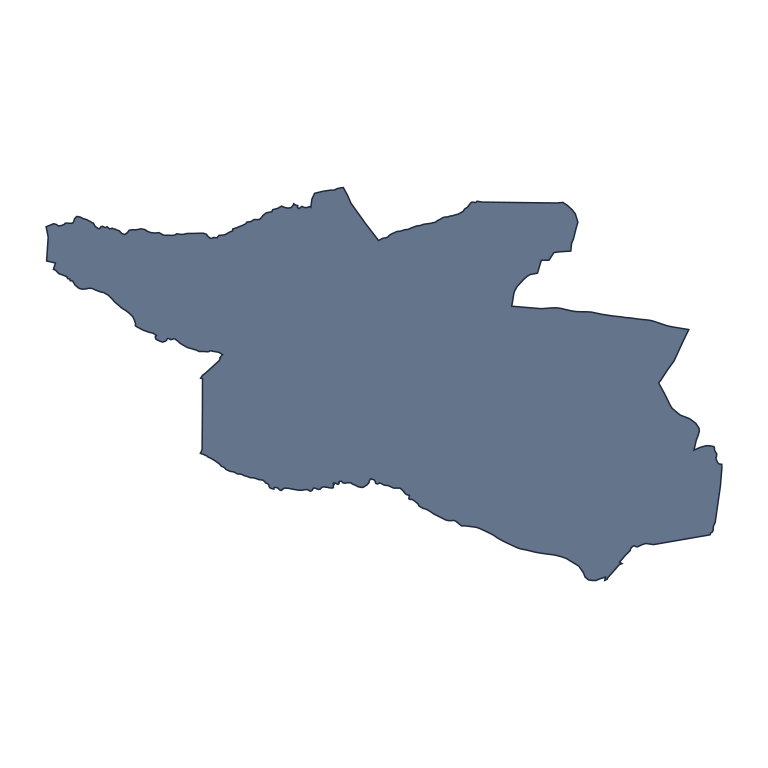 the district of Domingo Arenas, Puebla, Mexico
{"feature_id": "50627088B24684485641547", "entity_name": "Domingo Arenas", "entity_type": "district", "adm_level": 2, "iso_a3": "MEX", "parent_name": "Mexico", "parent_adm1": "Puebla", "projection": "albers", "projection_center": [-98.448, 19.131], "detail": "fine", "context": "isolated", "style": "filled", "palette": "slate", "viewbox_px": 768, "rotation_deg": 0, "n_neighbors": 0, "source": "geoboundaries", "source_scale": "gbopen_adm2", "svg_char_len": 6087}
<svg xmlns="http://www.w3.org/2000/svg" viewBox="0 0 768 768"><path d="M710.1,534.8L710.5,533.2L712.2,532.2L713.2,530.2L713.4,526.3L715.2,522.4L720.4,486.1L721.9,468.0L721.8,464.3L719.2,464.0L717.7,462.6L716.4,459.7L715.9,458.0L716.6,456.1L716.7,453.7L715.6,452.1L714.7,450.4L714.4,449.2L714.5,447.6L713.9,446.6L710.7,445.9L707.3,445.6L704.5,446.1L699.6,447.6L694.0,450.1L696.2,440.5L698.1,435.6L699.4,431.1L698.9,428.0L695.8,423.3L689.8,418.8L680.1,415.0L672.2,408.4L670.3,405.4L664.5,393.6L658.7,383.0L660.9,380.1L668.0,369.2L674.0,361.0L683.8,339.8L688.8,329.6L672.0,326.8L667.2,325.8L653.6,321.2L650.0,320.3L645.2,319.7L640.6,319.3L634.4,318.5L630.4,317.9L625.1,317.5L621.6,316.9L612.4,315.9L602.5,314.4L591.5,312.1L587.2,311.8L578.4,311.7L574.6,311.4L570.3,310.6L560.3,308.3L556.8,307.8L551.6,307.9L542.5,308.6L540.2,308.6L511.7,306.2L512.7,300.8L513.5,295.4L514.3,291.7L517.2,286.4L523.9,279.2L527.2,276.3L530.3,274.5L537.5,273.2L541.3,260.3L549.0,260.2L553.9,252.6L559.8,251.8L570.8,251.1L571.6,243.4L573.5,238.8L576.3,227.6L577.9,222.2L575.3,213.8L572.1,209.7L567.3,205.3L562.8,202.4L556.8,203.0L482.3,202.1L477.1,201.2L476.0,202.5L471.9,202.1L470.5,203.1L469.1,205.0L467.3,207.3L464.6,209.0L463.2,211.3L458.3,214.1L455.9,214.7L452.2,215.8L449.8,216.1L447.9,216.9L445.3,217.0L443.1,217.5L439.8,219.5L437.4,220.6L435.5,222.2L432.9,222.7L430.5,223.4L428.3,223.6L423.1,224.4L420.3,225.5L416.8,225.9L411.8,227.7L407.7,229.5L405.1,229.6L400.0,231.3L397.8,231.3L395.7,232.0L394.0,232.9L392.3,233.5L389.3,235.3L387.9,236.9L386.0,237.8L382.9,238.2L378.6,240.5L364.4,222.1L363.4,220.5L351.0,203.3L347.6,195.4L343.3,187.5L341.0,187.8L337.2,188.6L334.0,190.2L330.5,190.1L322.9,191.3L314.6,193.3L311.9,199.1L310.8,207.3L309.8,206.5L306.7,207.6L304.3,207.5L301.9,206.4L300.7,207.2L299.0,208.6L297.5,207.5L297.8,205.6L295.6,205.1L293.8,203.7L293.4,204.8L291.2,207.6L288.0,208.1L284.8,207.5L281.5,206.1L277.8,208.3L272.6,209.7L271.9,211.7L266.3,212.8L263.2,215.2L261.7,217.2L259.6,219.4L257.2,219.6L254.0,219.5L250.8,221.6L247.0,222.0L245.4,224.0L242.1,225.5L236.4,227.8L232.7,229.0L232.6,230.8L229.6,232.1L225.1,234.6L223.0,235.1L219.1,235.3L217.0,237.7L213.3,237.5L211.8,238.4L209.8,238.0L207.2,235.6L206.7,234.4L203.4,233.2L200.0,233.2L193.9,233.4L188.1,233.4L185.7,233.7L183.2,234.4L180.0,234.3L178.0,233.9L177.4,234.0L176.8,233.7L174.9,235.0L172.1,235.4L167.9,235.2L163.9,235.3L158.9,232.6L155.6,233.0L151.1,232.7L147.0,231.1L145.1,229.6L141.0,228.8L135.9,229.8L132.4,229.7L129.2,230.2L127.3,232.7L124.7,234.5L122.0,233.6L119.1,230.7L116.1,229.8L115.7,229.2L113.9,229.0L112.2,228.2L111.1,228.6L109.6,228.9L107.0,226.7L106.0,227.4L104.7,227.4L103.8,227.0L102.7,226.3L101.1,226.6L99.6,228.6L98.1,228.5L95.2,226.4L93.3,223.0L92.1,222.8L90.5,221.5L88.7,220.8L87.0,219.7L83.2,218.6L80.3,217.1L77.0,216.4L75.7,217.4L74.4,219.0L73.9,221.2L73.3,222.3L72.5,223.1L71.3,223.3L65.2,223.1L64.3,224.4L61.4,225.5L58.6,226.0L56.2,224.4L53.6,223.7L46.1,226.8L48.2,237.0L46.6,261.0L55.4,263.0L53.4,269.4L55.5,270.2L58.9,273.7L64.0,275.5L64.4,275.7L66.9,276.8L67.6,278.6L69.9,279.1L70.1,280.7L72.6,281.0L75.1,285.1L78.2,287.8L80.0,288.7L82.5,289.2L87.0,288.8L88.4,288.3L91.9,288.4L95.7,290.1L101.0,292.1L103.7,292.5L105.2,293.5L108.3,295.2L112.4,299.3L114.1,301.4L116.2,303.3L118.8,305.4L120.7,307.2L123.0,308.9L125.6,310.4L129.3,313.3L132.7,316.7L134.1,319.4L135.6,323.9L135.3,325.7L137.1,327.0L143.2,330.2L149.7,332.5L152.9,333.1L156.4,335.5L155.2,336.9L155.7,338.9L157.5,340.1L159.7,341.1L162.5,342.1L165.5,341.2L166.7,340.1L167.4,338.5L169.0,338.6L170.6,339.7L172.2,339.4L173.5,338.8L175.2,339.0L176.4,340.2L178.0,341.2L179.6,342.9L182.2,344.6L187.1,347.4L195.9,350.0L197.8,350.8L199.0,351.5L204.6,351.5L206.6,351.8L208.5,351.7L210.5,350.7L212.8,351.3L218.8,352.3L222.5,354.6L219.8,357.8L220.1,359.1L219.1,360.7L205.0,373.5L202.5,375.3L200.6,378.2L202.5,378.7L202.4,410.2L202.1,449.4L201.1,452.0L200.3,453.2L201.7,454.0L203.1,454.1L204.7,455.1L206.6,455.8L208.4,457.3L210.1,457.9L214.9,460.7L219.6,464.1L221.1,466.0L224.4,467.6L225.8,469.3L228.5,470.7L230.7,471.5L233.4,471.8L234.9,472.5L237.3,473.9L239.8,474.1L242.2,474.5L243.5,475.4L248.0,476.8L250.1,477.7L253.9,477.9L257.6,479.1L258.6,479.6L262.6,480.1L263.5,480.6L264.8,481.8L265.6,483.0L267.0,483.3L268.3,484.3L269.0,485.7L269.6,487.6L271.4,488.5L273.9,489.1L273.9,488.2L274.5,487.5L275.4,487.4L277.5,487.8L277.9,488.4L278.6,488.8L280.0,490.1L280.7,490.4L281.3,490.4L282.2,489.9L282.5,489.3L284.6,488.1L288.4,488.3L290.4,488.8L298.4,490.2L301.4,490.3L305.9,489.6L307.7,489.7L309.7,491.0L310.5,491.1L311.2,491.0L312.5,490.0L312.8,489.3L313.0,488.5L313.7,488.1L315.2,488.1L317.4,489.2L318.3,489.4L320.2,489.2L321.6,487.6L322.5,487.1L323.7,486.9L324.9,486.9L325.6,487.3L327.4,487.3L329.2,487.8L332.0,488.1L333.4,487.6L333.3,486.5L333.5,485.5L334.1,484.4L333.2,483.8L333.8,482.9L335.0,483.0L337.4,484.2L338.5,484.2L339.2,483.1L338.6,482.2L339.4,481.5L340.3,481.1L341.8,481.5L342.6,482.7L343.6,483.0L345.5,483.2L346.8,482.7L350.8,482.9L352.9,484.3L354.8,485.0L358.5,486.9L362.0,487.5L363.6,487.1L365.1,486.1L366.8,485.1L369.0,482.7L369.2,481.2L370.0,479.8L370.8,478.7L371.8,479.3L372.7,479.4L374.2,479.9L374.9,481.0L375.4,482.1L375.6,483.2L376.3,483.7L377.4,484.0L379.3,483.1L380.4,483.1L383.9,485.0L384.8,485.3L387.8,485.5L393.7,488.1L399.8,488.1L401.7,489.5L403.0,490.8L405.2,493.6L406.8,494.7L409.4,495.4L408.8,498.4L409.3,499.3L412.3,499.5L414.9,501.3L417.9,503.8L419.2,506.2L423.1,508.4L426.0,509.1L429.6,511.1L433.8,514.0L445.6,519.9L448.2,520.6L451.2,520.7L453.6,520.4L455.5,521.0L461.5,525.9L465.3,525.9L476.4,527.3L480.1,528.7L487.4,532.1L493.4,535.1L497.3,537.9L503.2,541.2L517.3,547.8L520.7,548.9L526.8,550.1L536.1,552.4L545.1,553.8L554.6,555.0L561.2,556.7L566.3,558.5L578.8,566.1L583.6,573.1L585.1,577.1L588.4,579.9L592.4,580.5L596.0,580.5L599.7,578.9L605.4,577.1L604.7,580.4L607.2,579.2L607.3,578.3L619.4,564.6L622.0,563.6L619.5,562.1L622.0,559.4L625.0,555.7L630.3,550.5L630.4,549.2L631.7,547.2L634.1,545.6L636.2,546.8L637.6,546.8L642.2,544.6L645.8,543.5L653.6,544.6L710.1,534.8Z" fill="#64748b" stroke="#1e293b" stroke-width="1.5"/></svg>